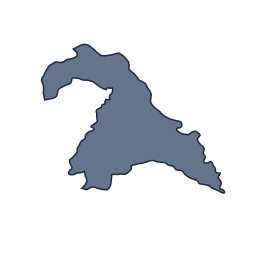 Chhimung, Pemagatsel, Bhutan (Natural Earth projection), rotated 70°
{"feature_id": "84629894B81792888214428", "entity_name": "Chhimung", "entity_type": "district", "adm_level": 2, "iso_a3": "BTN", "parent_name": "Bhutan", "parent_adm1": "Pemagatsel", "projection": "natural_earth1", "projection_center": [91.294, 27.039], "detail": "fine", "context": "isolated", "style": "filled", "palette": "slate", "viewbox_px": 256, "rotation_deg": 70, "n_neighbors": 0, "source": "geoboundaries", "source_scale": "gbopen_adm2", "svg_char_len": 5537}
<svg xmlns="http://www.w3.org/2000/svg" viewBox="0 0 256 256"><g transform="rotate(70 128 128)"><path d="M221.9,59.5L220.7,59.1L220.0,59.1L218.9,59.7L217.9,60.3L217.7,61.0L217.3,61.7L216.7,62.2L216.1,62.2L215.4,62.1L214.8,61.9L214.0,61.3L213.0,60.1L211.6,59.2L210.6,59.2L209.5,59.3L207.9,59.6L206.6,59.9L205.6,60.1L204.9,60.0L204.1,59.2L203.5,58.3L202.7,57.4L201.9,56.8L201.6,57.9L200.5,59.8L200.0,60.2L199.3,60.6L198.4,60.6L197.1,60.1L195.9,59.9L194.1,60.1L192.8,60.8L190.8,60.7L189.3,60.9L188.1,61.3L187.8,62.4L188.1,64.0L188.0,65.1L187.6,66.8L187.0,67.9L186.0,68.3L184.9,68.3L184.2,67.9L183.5,66.9L182.7,65.9L181.5,65.3L180.6,65.3L179.8,65.7L178.8,65.9L178.0,65.9L176.6,65.5L175.3,64.5L174.4,63.8L173.2,63.6L171.8,63.8L170.3,64.4L169.4,65.1L168.9,65.3L167.1,66.0L165.3,66.5L164.2,66.7L162.0,66.6L161.3,65.9L160.7,64.6L160.2,63.7L159.3,62.7L158.1,62.8L156.2,64.1L155.0,65.0L154.0,66.0L153.6,68.0L153.7,69.7L154.1,70.7L154.7,72.1L154.7,73.3L154.4,74.7L153.6,76.3L152.7,78.0L151.7,79.3L150.3,80.7L148.8,81.9L146.7,82.8L145.0,82.5L144.8,81.5L145.4,80.2L145.5,79.2L145.5,78.3L143.8,76.6L142.8,76.1L140.8,76.0L139.9,76.7L139.2,77.5L138.9,77.9L137.8,80.0L135.4,83.4L134.4,84.7L133.2,86.2L132.2,87.1L130.8,88.3L130.0,88.9L128.1,90.5L126.5,91.3L125.7,91.7L123.7,92.4L119.1,95.5L114.5,97.5L110.9,97.9L107.9,96.5L104.5,94.6L103.2,94.7L100.9,94.8L96.8,95.9L93.5,96.2L91.6,96.9L89.1,98.9L86.6,101.3L83.5,102.1L78.9,103.7L75.6,105.9L73.4,107.0L69.9,105.9L69.7,105.5L65.9,105.0L63.6,105.7L59.5,107.3L55.8,109.8L54.5,110.9L54.2,112.4L53.7,117.9L52.3,124.9L50.8,128.5L46.5,131.3L42.3,133.3L36.5,137.1L34.5,140.2L34.1,142.4L34.1,144.6L34.8,150.1L35.1,152.4L38.6,150.7L39.5,150.4L40.2,150.3L41.0,150.4L41.7,150.7L42.4,151.1L43.1,151.5L43.6,155.1L43.4,158.6L42.8,161.5L43.7,165.3L43.5,168.8L42.2,171.1L41.1,173.9L41.9,177.2L42.1,179.2L42.8,181.3L44.2,182.9L45.7,184.9L47.6,187.1L50.2,189.2L51.1,191.2L52.7,192.6L53.3,192.8L54.5,193.1L58.1,192.8L62.0,193.8L64.3,194.8L66.5,195.7L70.0,196.1L73.1,196.7L74.1,190.6L74.4,186.8L73.8,184.5L72.6,183.4L71.6,182.7L70.6,181.9L68.7,181.2L67.3,178.8L67.1,176.5L66.6,173.5L66.3,166.7L65.6,165.9L64.3,164.7L62.5,164.1L62.1,162.8L62.6,161.4L63.2,159.7L63.8,158.7L65.5,156.1L66.6,155.1L67.0,154.5L67.3,154.0L67.7,153.4L68.1,152.5L69.3,149.4L70.6,147.7L71.4,146.6L72.2,145.4L72.6,145.1L73.1,144.6L74.6,143.6L77.2,142.0L79.2,140.6L80.6,139.6L81.5,138.6L82.8,137.6L83.7,136.5L84.3,135.6L84.1,135.0L83.5,134.5L83.2,134.1L83.4,133.2L83.8,132.4L84.2,131.7L84.6,130.8L84.8,130.3L85.1,129.0L85.7,129.0L86.4,129.0L87.1,129.4L87.8,130.0L88.6,130.2L89.2,130.5L89.4,131.1L90.1,132.0L90.6,133.0L91.0,133.8L91.6,134.4L92.6,134.8L93.8,135.2L95.0,135.4L95.1,136.3L94.8,136.8L94.3,137.7L93.7,138.6L93.8,139.2L94.2,139.7L94.7,140.2L95.6,140.7L96.5,141.0L97.4,141.6L97.4,142.1L97.4,142.8L97.3,144.2L97.6,144.8L98.1,145.2L99.4,146.0L99.5,146.5L99.6,147.4L99.7,148.0L99.8,148.8L99.8,149.5L100.0,150.3L100.6,151.7L101.4,152.1L102.1,152.3L102.7,152.3L103.3,152.3L104.2,152.5L105.0,152.9L106.5,153.5L107.9,153.8L110.0,154.2L111.0,154.5L111.8,155.4L112.2,156.6L113.0,159.5L113.3,160.7L113.5,161.3L113.7,161.8L114.2,162.2L114.6,162.2L115.2,161.6L115.6,161.1L116.1,160.6L116.9,160.1L117.6,160.3L117.9,160.7L118.0,161.2L118.3,163.7L118.2,164.5L118.1,166.0L119.2,169.0L120.0,170.0L120.9,170.8L122.0,171.1L122.9,171.5L123.6,172.4L123.8,173.4L123.9,174.4L124.0,175.1L124.3,175.9L124.7,176.8L125.5,178.0L127.4,179.5L128.2,180.3L128.8,181.4L129.3,182.3L130.2,182.8L132.0,183.6L132.8,183.9L133.4,184.5L134.0,185.0L134.8,186.3L135.3,187.5L135.8,188.6L136.4,189.5L137.2,191.1L137.6,192.5L137.9,193.7L138.6,194.1L139.8,194.5L140.4,194.5L140.9,194.5L141.5,194.5L142.1,194.5L142.7,194.4L143.2,194.4L143.8,194.3L144.4,194.3L145.0,194.2L145.6,194.2L146.1,194.2L146.6,194.5L147.0,195.0L147.3,195.5L147.5,196.1L147.5,196.7L147.8,197.3L148.2,197.7L148.6,198.2L148.9,198.6L149.5,198.9L150.1,199.0L150.6,199.1L151.2,199.2L152.2,198.1L152.9,196.3L153.3,194.3L153.1,193.0L152.8,192.0L153.0,190.2L153.6,188.6L153.9,187.2L153.9,185.3L153.8,183.9L159.1,184.6L161.1,184.3L162.8,184.5L163.8,184.8L164.4,185.3L165.1,185.9L165.8,186.7L166.6,187.4L166.8,188.0L168.0,190.2L168.6,191.5L168.8,192.1L169.7,190.8L171.6,188.4L171.5,186.9L171.4,185.8L171.4,185.0L171.2,184.0L171.0,183.3L171.0,182.4L171.6,181.0L172.3,179.6L174.4,176.9L175.6,175.1L176.8,173.5L177.6,171.9L178.3,170.1L179.0,168.7L178.6,167.8L177.9,166.3L177.2,165.4L176.3,164.5L175.6,163.9L174.9,163.5L174.0,162.9L172.7,162.3L171.0,161.5L169.4,160.6L168.6,160.2L167.6,159.8L166.2,159.4L166.4,158.5L166.9,156.2L168.0,154.2L168.3,151.9L168.5,150.9L169.4,149.3L169.8,148.2L170.3,146.8L170.3,145.3L170.0,143.8L169.0,141.2L168.1,139.5L167.8,139.1L166.4,138.4L165.1,138.6L164.8,137.8L164.7,137.2L164.5,136.3L164.5,135.7L164.8,134.9L165.0,133.1L165.0,130.8L165.8,127.7L166.1,125.4L166.1,124.8L166.3,122.8L166.4,120.7L166.2,119.2L166.3,118.3L166.6,117.2L167.0,116.0L167.3,115.1L167.9,114.4L169.1,113.0L169.9,111.9L170.6,110.5L172.0,107.6L172.7,106.1L173.4,105.2L174.1,104.5L175.0,103.9L176.3,103.0L177.2,102.0L178.1,100.5L178.9,99.2L179.9,98.3L180.8,98.0L182.4,97.6L183.8,97.0L184.3,96.1L184.9,94.6L185.9,92.8L186.9,91.8L187.6,91.4L188.7,91.1L189.7,90.8L191.3,90.3L192.9,89.3L194.8,87.9L196.0,87.0L196.6,86.3L197.7,85.0L200.6,81.6L201.6,80.8L202.8,80.4L204.1,80.3L205.1,79.5L205.5,78.7L206.2,77.7L206.8,76.3L208.1,74.2L208.8,73.1L209.6,72.2L210.3,71.5L213.0,69.6L213.9,68.8L215.1,67.5L216.4,66.0L218.3,64.2L218.9,63.6L219.7,62.9L221.0,61.8L221.6,61.0L221.9,59.5Z" fill="#64748b" stroke="#1e293b" stroke-width="1.5"/></g></svg>